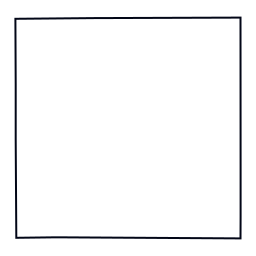 Orange, Indiana, United States of America
{"feature_id": "52423323B3825841666774", "entity_name": "Orange", "entity_type": "district", "adm_level": 2, "iso_a3": "USA", "parent_name": "United States of America", "parent_adm1": "Indiana", "projection": "natural_earth1", "projection_center": [-86.529, 38.541], "detail": "fine", "context": "isolated", "style": "outline", "palette": "ink", "viewbox_px": 256, "rotation_deg": 0, "n_neighbors": 0, "source": "geoboundaries", "source_scale": "gbopen_adm2", "svg_char_len": 247}
<svg xmlns="http://www.w3.org/2000/svg" viewBox="0 0 256 256"><path d="M15.4,18.8L15.7,84.6L15.7,139.0L16.3,237.8L56.4,237.3L240.5,238.4L240.6,216.7L240.6,170.2L240.5,17.6L93.3,18.1L15.4,18.8Z" fill="none" stroke="#020617" stroke-width="2"/></svg>